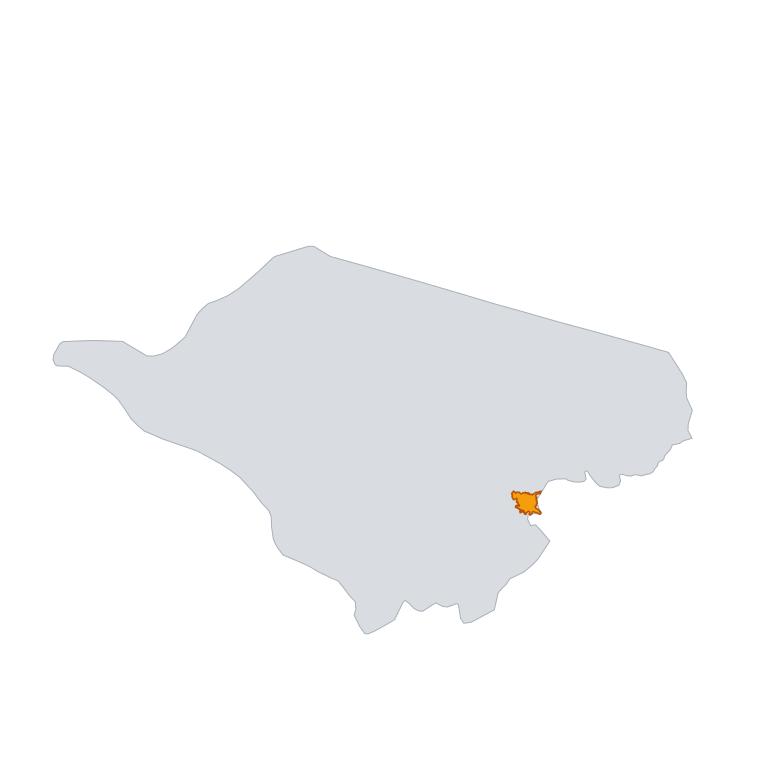 location of Al-Qusayr, Homs (Hims), Syria, rotated 229°
{"feature_id": "27442178B51656539269606", "entity_name": "Al-Qusayr", "entity_type": "district", "adm_level": 2, "iso_a3": "SYR", "parent_name": "Syria", "parent_adm1": "Homs (Hims)", "projection": "orthographic", "projection_center": [36.533, 34.512], "detail": "fine", "context": "in_parent", "style": "filled", "palette": "amber", "viewbox_px": 768, "rotation_deg": 229, "n_neighbors": 0, "source": "geoboundaries", "source_scale": "gbopen_adm2", "svg_char_len": 6773}
<svg xmlns="http://www.w3.org/2000/svg" viewBox="0 0 768 768"><g transform="rotate(229 384 384)"><path d="M151.0,287.3L156.6,287.9L168.5,295.3L170.5,295.0L174.1,285.5L177.7,282.3L185.0,279.4L187.1,264.0L190.6,261.0L194.7,259.4L201.1,259.1L206.6,258.2L206.9,255.4L199.2,237.6L199.9,233.1L203.6,215.1L205.9,208.0L208.2,205.7L216.9,206.6L229.1,209.7L232.4,214.9L238.4,219.5L247.3,219.1L257.7,219.9L265.8,220.1L272.2,216.8L286.7,210.7L293.9,208.5L300.4,205.8L321.3,195.6L329.7,196.2L335.5,197.4L339.9,198.9L350.0,205.5L358.3,212.1L364.1,214.0L374.5,213.6L389.4,214.6L407.8,214.0L418.4,211.8L432.0,208.0L456.0,199.1L487.3,181.1L505.8,172.2L513.8,170.9L524.3,170.3L534.9,172.0L546.9,173.0L552.4,172.6L565.2,170.3L581.7,166.0L592.1,162.7L604.5,157.4L611.9,149.4L614.4,148.5L617.8,149.7L619.4,150.1L622.9,154.2L626.9,165.2L627.0,166.4L626.5,169.6L618.8,179.3L608.3,192.3L600.7,200.6L587.7,214.6L577.7,217.9L560.7,223.5L556.3,228.4L552.3,236.1L550.3,246.4L549.9,252.8L550.0,264.8L554.7,277.0L559.2,288.7L560.1,296.5L560.0,304.3L556.6,312.8L553.1,324.3L551.3,337.3L551.2,361.4L552.1,381.8L551.9,385.2L545.3,400.0L537.6,417.3L533.8,421.4L515.4,427.2L495.5,440.4L473.1,455.1L452.8,468.3L431.3,482.2L409.0,496.5L393.0,506.7L371.5,520.3L351.9,533.3L331.9,546.3L316.7,556.2L293.6,571.7L280.0,580.8L259.9,594.1L242.2,605.8L221.1,619.5L194.7,615.5L186.3,613.1L179.5,606.6L174.5,603.1L162.0,599.5L154.1,587.2L149.3,582.8L141.0,580.8L144.6,573.0L145.3,567.9L148.9,561.6L146.7,557.4L145.7,548.6L144.1,546.4L143.6,544.1L144.8,541.3L144.3,538.4L143.0,537.1L142.3,532.8L141.2,529.5L141.8,525.6L143.6,523.0L145.6,518.1L147.8,516.6L151.3,513.5L152.2,510.3L155.4,507.1L159.6,504.6L160.6,502.5L160.0,501.3L155.7,499.0L153.5,494.9L155.6,488.9L156.9,487.0L159.4,484.2L165.1,479.8L169.5,479.1L173.3,479.1L179.7,479.5L184.7,480.3L186.0,479.1L185.8,477.7L179.7,474.1L179.3,471.2L180.9,468.1L185.3,463.3L190.5,459.7L193.1,459.1L199.0,451.9L202.8,443.9L196.7,424.4L193.0,421.3L187.0,418.6L183.4,418.2L183.2,416.9L187.9,412.0L191.3,407.7L187.6,403.6L180.9,401.7L178.4,405.9L169.9,406.3L156.6,406.1L150.9,385.5L150.1,376.6L150.3,366.3L154.4,351.2L152.6,344.3L152.4,339.5L151.5,333.1L141.2,319.1L147.0,293.5L151.0,287.3Z" fill="#d9dde1" stroke="#a8b0b8" stroke-width="1"/><path d="M192.8,405.9L193.0,405.8L193.6,405.7L193.6,406.3L193.3,407.0L193.4,408.7L193.2,409.3L193.1,409.5L192.9,409.8L192.7,409.8L191.4,409.7L191.2,409.6L191.1,408.9L191.0,408.7L190.8,408.6L190.3,408.2L190.0,408.1L189.8,408.1L189.6,408.1L189.3,408.3L189.1,408.5L189.3,408.9L189.3,409.0L189.0,409.4L189.0,409.5L188.9,409.8L189.0,410.0L189.0,410.3L189.1,410.7L189.1,410.9L189.5,411.4L189.9,411.8L189.9,412.0L190.0,412.3L190.0,412.5L189.5,413.0L188.7,413.5L187.0,414.5L186.1,415.1L185.6,415.3L183.7,416.0L183.4,416.2L183.4,416.4L183.4,416.8L183.5,417.3L183.6,417.5L184.1,418.2L184.3,418.2L184.7,418.3L185.1,418.2L185.4,418.0L185.6,417.7L185.7,417.8L186.0,418.0L186.3,418.3L186.7,418.2L187.2,418.2L187.5,418.3L187.9,418.2L188.3,418.2L189.4,417.4L190.0,417.2L190.5,417.1L191.5,417.5L192.3,417.5L192.5,417.6L192.4,418.0L192.3,418.7L192.3,419.2L192.3,419.5L192.5,419.8L192.8,419.9L193.0,419.9L193.2,420.0L193.3,420.2L193.3,420.7L193.3,420.9L193.4,421.1L193.5,421.2L193.5,421.4L193.5,421.5L194.2,421.9L194.4,421.9L194.9,422.0L195.1,422.1L195.3,422.1L195.7,422.4L195.7,422.5L195.9,422.6L196.0,422.8L196.4,422.9L196.7,422.8L196.8,422.8L197.3,423.2L197.4,423.3L197.4,423.6L197.4,423.8L197.5,424.0L197.7,423.9L198.0,424.2L198.1,424.3L198.1,424.5L198.2,424.8L198.3,424.8L198.3,424.7L198.4,424.4L198.5,424.3L198.8,424.5L199.0,424.7L199.0,424.9L200.1,425.2L200.2,425.3L200.3,425.4L200.6,426.0L200.6,426.4L200.7,426.7L200.4,427.7L200.2,428.3L200.0,428.5L199.8,428.7L199.8,428.9L199.5,429.1L199.3,429.2L199.2,429.4L199.1,429.7L198.7,429.9L198.7,430.0L198.8,430.2L199.3,430.8L199.5,431.0L199.7,431.4L199.8,431.6L200.0,432.1L200.5,431.5L200.6,431.4L200.8,430.9L200.8,430.1L200.9,429.6L201.1,429.0L201.7,428.9L201.8,428.5L202.2,428.0L202.6,427.4L202.7,426.7L202.7,425.6L202.8,424.7L203.0,424.4L203.0,424.0L203.0,423.2L203.3,423.1L203.8,423.1L204.1,422.9L204.3,422.6L204.6,421.8L205.2,421.5L205.5,421.2L205.7,421.3L206.2,421.8L206.5,421.9L206.8,421.8L206.9,421.6L207.0,421.4L207.0,421.0L206.7,420.8L206.7,420.6L207.0,420.5L207.8,420.7L208.1,420.6L208.2,420.4L208.2,420.1L208.5,419.9L208.5,419.7L208.5,419.4L208.7,419.5L209.0,419.9L209.4,419.8L209.6,419.3L210.1,418.2L210.6,417.9L210.6,417.7L210.8,417.1L210.8,415.7L211.8,415.1L212.3,415.0L213.1,415.1L213.5,415.1L213.9,414.6L215.3,413.2L215.0,411.9L216.2,411.7L216.5,411.8L217.8,411.7L218.1,411.6L218.0,411.0L218.0,410.4L217.9,409.4L217.8,409.1L217.5,409.0L217.2,408.7L217.3,408.3L216.5,408.1L216.0,408.0L215.8,408.0L215.5,407.2L215.3,407.0L214.4,406.6L214.3,406.4L213.7,406.3L213.2,406.2L212.6,406.1L212.2,405.9L211.9,405.8L211.6,405.9L211.3,406.6L211.1,407.4L211.0,407.9L210.8,408.4L210.5,408.6L210.6,409.0L209.9,408.9L209.3,408.5L208.8,407.6L208.5,406.9L208.1,406.9L207.8,406.6L207.6,406.5L207.3,407.2L206.8,407.3L206.3,407.2L205.9,406.9L205.8,406.5L205.2,406.3L204.6,406.4L204.5,406.7L204.3,406.8L204.2,406.9L203.5,406.6L203.3,406.0L203.5,405.8L203.7,405.7L203.7,405.1L203.8,405.0L203.9,404.9L204.2,405.1L204.3,405.1L204.5,405.0L204.7,404.9L204.8,404.9L205.3,404.6L205.4,404.3L205.5,404.2L205.5,403.9L205.4,403.8L205.4,403.6L205.5,403.5L205.5,403.4L205.4,403.3L205.4,403.2L205.1,403.0L205.0,402.6L204.8,402.6L204.7,402.5L204.6,402.8L204.5,403.0L204.4,403.0L204.2,402.9L203.8,402.9L203.8,403.0L203.6,403.2L203.4,403.1L203.2,403.2L202.9,403.2L202.8,403.3L202.7,403.4L202.5,403.5L202.4,403.5L202.2,403.7L202.0,403.8L201.9,403.8L201.7,403.9L201.7,403.7L201.5,403.8L201.4,403.8L201.2,403.8L201.1,404.0L200.8,404.0L200.7,404.1L200.4,404.0L200.2,404.3L200.0,404.5L199.9,404.6L199.7,404.7L199.3,404.6L199.2,404.7L199.2,404.4L199.1,403.8L199.1,403.7L199.0,403.4L199.1,403.2L199.2,402.9L199.1,403.0L198.9,403.1L198.7,403.3L198.6,403.5L198.3,403.7L198.2,403.5L198.2,403.4L198.1,403.2L198.2,403.3L198.3,403.2L198.4,402.9L198.4,402.7L198.2,402.7L198.1,402.9L197.8,402.8L197.6,402.7L197.5,402.4L197.4,402.2L197.1,402.2L196.9,402.1L197.3,402.3L197.3,402.5L197.2,402.6L197.2,402.9L197.3,402.9L197.3,403.0L197.2,403.0L197.2,403.3L197.3,403.4L197.5,403.4L197.7,403.5L197.8,403.5L198.1,404.0L198.1,404.3L197.9,404.4L197.7,404.4L197.6,404.2L197.4,404.1L197.1,404.2L197.0,404.3L197.2,404.5L197.4,404.7L197.3,404.8L197.1,404.7L197.1,404.8L197.0,405.0L197.0,405.3L197.3,405.5L197.2,405.6L197.3,405.7L197.2,405.8L197.2,406.0L197.0,406.4L196.9,406.4L196.7,406.2L196.6,405.8L196.5,405.7L196.5,405.4L196.4,405.2L196.2,405.2L195.8,405.0L195.6,405.1L195.4,405.4L195.4,405.5L195.5,405.5L195.5,405.9L195.3,406.0L194.9,405.8L194.4,405.0L193.3,404.9L193.0,405.0L192.8,405.9Z" fill="#f59e0b" stroke="#b45309" stroke-width="1.5"/></g></svg>